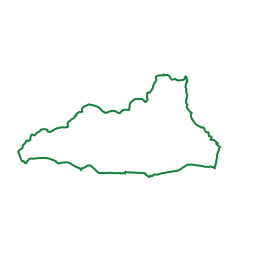 outline of Bojacá, Cundinamarca, Colombia, rotated 110°
{"feature_id": "7082276B91905392471943", "entity_name": "Bojacá", "entity_type": "district", "adm_level": 2, "iso_a3": "COL", "parent_name": "Colombia", "parent_adm1": "Cundinamarca", "projection": "robinson", "projection_center": [-74.318, 4.687], "detail": "fine", "context": "isolated", "style": "outline", "palette": "green", "viewbox_px": 256, "rotation_deg": 110, "n_neighbors": 0, "source": "geoboundaries", "source_scale": "gbopen_adm2", "svg_char_len": 5787}
<svg xmlns="http://www.w3.org/2000/svg" viewBox="0 0 256 256"><g transform="rotate(110 128 128)"><path d="M65.5,113.0L66.0,113.2L66.3,113.1L66.9,113.4L67.1,113.8L67.2,115.2L67.4,115.8L68.4,117.5L70.1,119.2L71.0,119.2L71.5,119.0L71.9,118.5L72.6,118.0L73.4,117.7L73.9,117.7L74.6,117.9L75.4,118.0L75.9,118.2L76.4,118.6L78.1,118.7L79.5,118.6L80.2,118.5L80.4,118.7L81.6,118.4L82.2,118.4L84.8,119.0L86.1,119.5L86.3,119.5L87.3,119.8L87.5,120.6L88.2,121.3L88.5,121.8L90.2,121.4L92.7,120.6L94.3,119.4L95.0,119.4L97.2,120.1L97.6,120.5L97.6,120.9L97.4,121.6L97.0,122.0L96.6,122.5L96.2,123.6L96.0,124.5L96.4,125.8L97.2,127.7L98.0,130.5L98.4,131.2L99.9,132.4L100.9,132.9L102.0,133.7L103.0,134.3L103.6,134.5L104.8,134.5L105.8,134.3L106.9,133.9L109.1,133.5L110.0,133.6L110.4,133.2L110.9,133.3L111.0,134.1L111.6,136.4L112.0,137.4L112.4,137.9L112.7,138.8L113.3,139.3L114.1,139.4L114.8,140.0L116.2,140.5L116.7,140.7L116.9,141.0L117.1,141.9L117.0,143.2L116.8,144.4L116.5,145.4L116.5,146.3L116.8,147.4L117.1,148.3L117.7,149.3L118.8,151.0L121.0,153.5L121.5,154.4L121.4,155.2L121.3,155.7L121.2,156.7L121.0,157.6L120.5,158.8L119.5,160.4L119.3,160.9L119.1,161.6L118.7,162.6L118.5,163.4L118.4,164.5L118.5,165.0L118.5,167.2L118.5,167.7L118.6,168.3L118.8,170.5L119.0,171.7L119.5,173.3L120.8,174.4L122.1,175.8L123.1,176.7L124.3,177.5L125.2,177.7L126.2,177.6L127.1,177.2L127.8,176.9L128.3,176.8L128.7,176.9L129.2,177.8L129.2,178.5L129.6,179.2L131.5,180.7L132.5,181.3L133.4,180.8L133.9,180.8L134.4,181.3L134.6,181.8L135.0,182.0L135.6,181.7L136.4,181.7L136.8,182.0L139.3,184.1L139.9,184.5L140.7,184.7L141.6,185.3L142.2,185.8L143.2,186.3L143.7,186.4L144.3,186.3L145.7,185.5L147.3,185.0L147.8,185.0L148.1,185.3L148.4,186.5L149.1,187.6L149.4,188.4L149.6,189.7L150.1,190.5L150.5,191.5L151.1,192.1L152.2,194.3L152.8,194.6L153.6,195.7L154.2,196.3L155.2,196.9L155.6,197.5L156.6,198.2L157.6,199.0L158.1,199.6L158.7,200.8L158.8,202.1L158.7,202.4L158.1,202.8L157.7,202.9L157.4,203.1L157.2,203.7L157.5,204.9L157.5,205.8L157.8,206.5L158.5,207.7L158.8,208.3L159.1,208.6L159.5,209.4L160.3,209.5L161.1,209.8L161.9,210.1L162.7,210.9L163.7,212.0L164.9,212.6L166.1,212.9L166.8,213.3L167.1,213.9L167.0,214.4L166.8,215.0L166.8,215.3L167.3,216.2L168.3,216.6L168.8,216.6L170.0,216.3L170.7,216.3L171.5,216.1L172.2,216.0L172.4,216.0L172.9,216.0L174.0,216.8L174.1,217.0L174.0,217.3L174.3,217.6L174.4,217.9L174.3,218.6L174.4,218.8L174.6,219.0L177.8,219.6L179.2,220.4L180.3,220.8L180.6,220.8L181.6,220.5L182.9,220.3L185.9,222.5L186.4,222.7L187.5,223.1L188.6,222.4L193.5,218.3L194.4,217.5L195.0,216.7L195.3,216.3L195.4,216.0L195.0,215.4L194.9,215.1L194.9,214.8L195.1,214.3L195.5,214.0L196.0,213.3L196.1,212.9L195.9,212.4L195.9,211.7L195.3,211.6L194.4,211.7L193.8,211.4L192.9,210.9L191.1,210.4L190.6,210.1L190.2,209.5L189.9,208.8L189.6,207.6L189.3,206.7L188.2,204.4L187.4,202.9L186.3,200.3L185.5,198.7L185.0,197.2L184.0,193.4L183.7,191.2L183.8,188.2L183.7,187.0L183.8,185.5L184.0,184.4L184.4,183.8L184.8,182.5L185.0,181.8L185.0,181.2L184.8,180.6L184.4,179.8L183.1,178.1L182.9,177.4L182.6,177.1L181.1,173.6L181.0,172.9L181.0,170.4L181.0,169.7L181.4,168.5L181.6,167.3L182.2,164.3L182.3,163.2L182.4,160.4L182.5,159.5L182.6,159.0L182.9,158.6L183.5,157.8L182.9,157.6L182.5,157.6L181.9,157.8L181.7,157.7L181.3,156.8L180.6,156.1L179.9,155.3L179.4,154.9L179.1,154.6L177.6,153.6L177.4,153.4L176.6,152.1L176.3,151.1L176.1,150.8L175.9,150.5L176.1,149.8L180.3,140.3L179.9,138.9L179.2,137.4L178.6,135.4L175.9,128.6L175.3,126.1L173.4,120.7L173.0,119.9L173.2,119.2L171.5,116.0L171.5,115.7L171.6,115.4L171.4,115.4L170.7,115.4L170.3,115.4L170.0,115.3L170.2,114.6L164.7,96.9L164.9,96.6L165.3,96.0L165.2,95.9L166.3,93.4L166.8,91.9L166.8,91.6L166.4,91.2L166.0,91.2L165.8,90.6L165.3,90.6L165.4,90.1L165.3,89.8L164.7,88.7L163.6,88.1L163.1,87.9L162.7,87.5L162.4,86.9L162.0,85.0L161.5,84.0L160.8,83.1L160.3,82.6L159.9,82.1L159.4,81.2L159.0,80.7L157.4,77.8L156.5,76.4L154.1,72.1L153.5,71.0L152.8,69.9L151.3,67.0L149.5,65.0L146.1,62.7L144.6,61.4L142.7,60.1L142.4,59.7L141.0,56.7L140.4,54.9L139.8,51.4L139.2,49.5L138.6,46.2L138.3,45.0L138.2,42.9L138.1,42.4L137.8,41.3L137.2,40.0L137.2,39.5L137.1,39.1L136.8,38.7L136.7,38.4L136.1,37.7L136.0,37.4L135.8,35.2L135.6,34.5L136.1,33.3L136.1,32.9L135.9,33.0L133.6,33.2L131.2,33.3L129.0,33.7L127.6,34.0L126.9,34.0L125.5,34.2L124.0,34.6L122.8,35.1L121.3,35.2L120.4,35.0L119.7,35.3L119.3,35.3L118.8,35.0L118.4,35.0L117.4,35.2L117.2,35.3L116.1,35.4L114.8,35.2L114.4,35.0L114.3,35.3L113.5,37.8L113.3,38.0L112.7,39.5L111.6,38.7L110.0,43.0L109.8,43.3L110.4,44.9L110.7,46.4L110.0,46.4L108.5,46.2L108.0,46.3L107.8,46.5L107.7,47.1L107.9,49.3L104.7,50.8L104.9,51.7L104.9,52.4L105.1,52.8L105.0,53.4L104.8,53.7L104.6,53.9L104.4,54.3L103.9,54.6L103.6,55.3L103.3,55.8L102.9,56.0L102.6,56.0L102.3,56.3L101.9,57.1L101.8,58.0L101.9,58.4L102.2,58.6L102.4,58.9L102.4,59.1L102.4,59.6L102.0,61.9L101.7,63.3L101.6,64.4L101.4,65.2L99.7,68.1L97.8,70.8L96.8,71.9L95.4,72.9L94.8,73.2L94.3,73.3L93.9,73.2L92.7,73.6L92.2,73.4L91.8,73.5L91.7,73.9L91.6,75.1L91.2,75.8L91.0,76.1L90.8,76.6L89.8,78.1L88.6,79.3L88.5,79.7L88.1,80.0L87.2,80.2L86.8,80.2L86.4,80.1L86.0,80.1L85.7,80.4L85.0,81.4L84.6,81.8L84.3,82.2L81.4,83.1L79.4,83.0L77.8,83.2L76.4,83.8L75.9,84.4L75.4,84.7L74.2,85.6L73.6,85.8L73.2,86.2L72.5,86.2L72.1,86.3L71.6,86.3L71.4,86.5L70.8,87.0L70.0,88.0L69.6,88.1L68.6,88.1L68.0,88.5L67.2,88.4L66.3,88.7L66.0,88.7L65.1,88.5L64.5,88.1L64.2,88.1L63.8,88.3L63.7,88.8L62.8,88.7L62.7,89.2L62.2,89.4L61.5,89.8L61.4,90.1L61.2,90.3L60.5,90.3L60.2,90.5L59.9,91.5L61.3,91.7L62.3,91.7L62.9,91.8L63.6,92.3L64.3,93.3L66.2,96.9L66.2,99.2L65.7,100.3L66.3,101.3L66.6,101.6L67.4,102.7L67.4,103.7L67.1,104.5L66.7,105.0L66.4,105.6L65.5,106.6L65.0,107.4L64.8,108.2L64.6,109.0L65.2,110.3L65.9,111.4L65.9,112.1L65.5,113.0Z" fill="none" stroke="#15803d" stroke-width="2"/></g></svg>